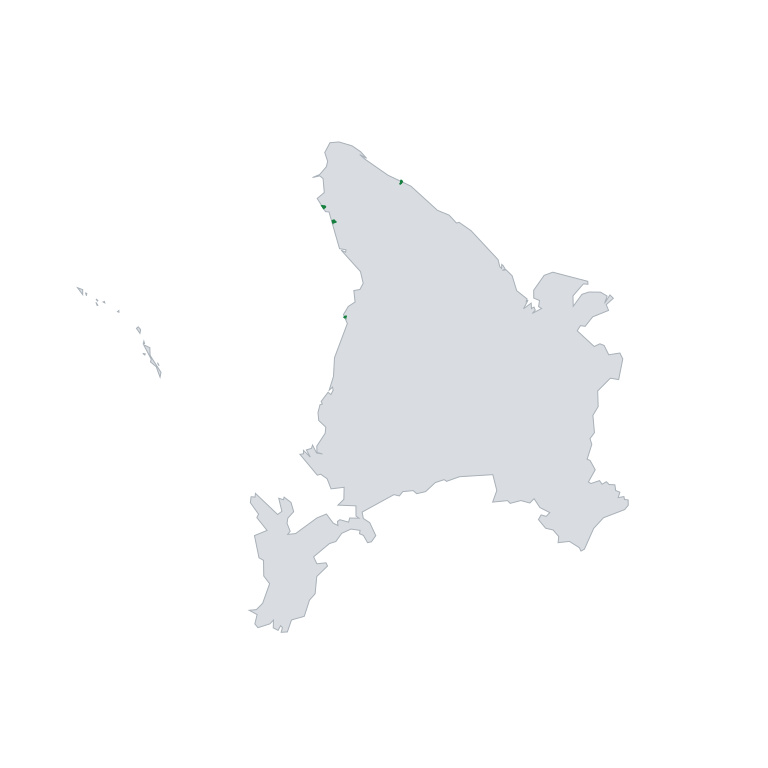 India, with Puducherry highlighted, rotated 147°
{"feature_id": "IND-3262", "entity_name": "Puducherry", "entity_type": "Union Territory", "adm_level": 1, "iso_a3": "IND", "parent_name": "India", "parent_adm1": "", "projection": "albers", "projection_center": [79.32, 13.78], "detail": "fine", "context": "in_parent", "style": "filled", "palette": "green", "viewbox_px": 768, "rotation_deg": 147, "n_neighbors": 0, "source": "natural_earth", "source_scale": "10m", "svg_char_len": 5419}
<svg xmlns="http://www.w3.org/2000/svg" viewBox="0 0 768 768"><g transform="rotate(147 384 384)"><path d="M145.0,331.0L154.4,329.5L155.6,323.4L172.4,326.7L183.9,322.8L187.5,326.0L193.0,323.4L187.3,301.0L181.0,300.1L178.4,296.4L179.6,286.1L169.3,281.5L170.1,275.0L184.8,259.9L191.0,265.6L208.6,261.8L216.7,248.4L225.9,243.9L234.0,228.6L241.0,226.0L242.6,220.2L254.6,210.3L252.8,207.7L253.6,197.0L266.0,190.5L264.6,187.8L255.9,185.6L255.7,181.2L250.7,180.9L250.0,177.1L245.3,173.7L247.7,168.5L245.1,164.8L249.5,161.2L244.1,158.9L245.2,156.2L242.4,153.8L245.2,149.3L250.6,147.6L272.8,152.3L286.8,148.7L305.9,136.3L309.8,136.6L309.3,140.3L314.2,151.0L324.4,156.1L320.5,160.9L321.7,169.5L327.0,175.0L328.3,186.2L323.5,188.6L320.0,184.6L315.0,185.9L320.5,195.4L320.6,206.1L326.5,204.8L332.7,211.7L343.2,215.2L343.9,218.9L357.2,225.8L347.4,233.2L342.1,248.7L371.1,265.1L384.6,268.3L385.6,271.0L394.7,273.4L407.7,271.1L416.3,274.2L417.6,278.7L426.8,283.5L432.1,281.8L435.9,285.8L472.1,288.5L474.6,282.5L471.5,275.5L473.5,261.3L480.5,258.5L484.2,259.9L483.7,268.3L486.1,271.8L483.8,274.3L490.7,280.3L500.8,281.8L510.2,278.1L516.7,279.9L537.2,277.4L538.2,269.8L530.0,265.6L530.5,262.1L545.2,259.2L556.0,245.6L564.1,243.4L577.4,232.6L590.1,236.5L600.1,228.7L605.5,231.8L601.9,234.9L602.3,237.6L607.0,235.1L609.7,239.8L605.3,246.2L610.4,245.0L622.4,248.3L623.0,253.1L616.0,259.7L620.3,267.6L613.9,264.3L605.2,266.2L588.7,278.8L589.4,288.5L581.1,301.7L583.5,306.3L575.2,327.4L561.8,324.9L563.4,341.2L560.1,343.1L560.7,357.3L556.9,361.8L553.7,359.4L551.4,362.3L544.3,332.5L539.0,332.8L534.5,345.5L531.3,341.7L529.4,343.5L526.5,335.3L529.3,326.1L537.7,323.9L541.2,320.0L542.9,311.6L546.7,310.3L539.6,306.7L513.1,308.2L503.1,306.3L502.4,295.0L499.7,290.4L497.9,294.1L494.9,294.2L488.9,287.4L485.8,290.3L478.1,285.1L479.4,288.5L473.9,297.1L488.6,307.5L480.5,309.1L473.7,319.1L485.5,324.9L483.3,335.5L486.2,342.8L489.6,343.9L492.8,370.8L489.5,369.3L487.7,372.2L485.6,362.8L485.0,371.0L479.9,369.5L477.2,371.7L478.1,362.8L473.7,358.8L477.5,363.1L474.2,368.5L460.2,374.7L456.3,379.5L458.6,388.9L455.0,395.9L448.9,401.5L446.6,400.8L446.2,403.6L435.5,407.5L434.2,404.1L430.0,406.5L428.9,409.4L433.3,408.7L422.2,417.9L411.2,433.0L381.8,454.7L380.2,464.3L371.7,468.5L363.6,468.5L358.4,478.8L352.7,476.4L346.6,479.8L342.5,491.1L347.0,519.5L344.4,515.4L342.8,517.3L347.6,521.7L336.4,558.3L339.2,560.4L339.0,576.0L329.8,577.1L323.2,589.5L324.6,593.6L331.5,596.1L323.9,594.7L314.0,597.6L310.0,601.4L307.6,610.4L297.9,615.8L289.9,611.5L281.0,601.0L277.0,591.2L275.7,582.7L279.4,589.7L277.5,582.8L267.0,557.0L253.7,535.3L244.6,500.6L237.4,490.1L235.6,479.6L233.0,478.7L227.5,465.2L220.6,426.1L223.0,419.4L222.5,417.0L220.1,420.1L219.6,418.3L219.8,414.4L222.8,414.8L219.4,413.2L217.6,404.9L221.9,390.0L217.7,377.5L219.6,375.8L217.5,375.9L226.0,371.1L216.5,371.7L219.2,367.0L216.3,366.8L216.9,363.6L221.2,362.4L210.7,361.5L212.2,364.7L208.1,369.3L211.6,374.5L207.4,381.1L190.5,387.9L181.5,385.8L157.2,359.1L158.6,356.6L162.3,359.4L177.5,355.0L183.0,346.1L169.1,351.4L162.0,349.5L152.4,343.1L149.0,336.2L155.1,331.5L146.0,335.6L145.0,331.0ZM564.2,547.8L560.6,542.0L564.6,535.4L564.7,515.2L568.1,511.7L565.6,522.6L567.8,529.7L565.7,531.6L564.2,547.8ZM588.0,623.1L588.6,631.7L585.3,627.2L588.0,623.1ZM561.3,565.5L559.0,565.8L558.5,562.1L561.1,559.4L561.3,565.5ZM579.2,609.7L579.2,612.2L578.5,609.9L579.2,609.7ZM581.8,606.1L581.1,609.5L581.1,605.9L581.8,606.1ZM585.5,620.1L584.7,622.8L583.9,621.9L585.5,620.1ZM568.1,589.8L566.4,590.0L567.2,588.6L568.1,589.8ZM563.7,549.1L562.1,550.6L562.8,548.4L563.7,549.1ZM568.8,538.6L569.7,541.0L567.8,539.3L568.8,538.6ZM574.9,605.8L573.5,605.5L574.0,604.1L574.9,605.8ZM562.9,522.6L562.3,525.3L562.6,522.4L562.9,522.6Z" fill="#d9dde1" stroke="#a8b0b8" stroke-width="1"/><path d="M339.1,546.8L339.1,547.2L338.6,548.2L338.5,549.0L338.4,549.0L337.9,549.0L337.5,549.0L337.4,548.9L337.2,548.9L336.9,548.7L336.7,548.6L336.5,548.4L336.6,548.2L336.7,547.9L336.7,547.7L336.4,547.4L336.4,547.2L336.4,546.9L336.1,546.6L336.0,546.4L336.1,546.2L336.3,546.0L336.5,546.1L336.8,546.4L336.9,546.5L337.1,546.5L337.6,546.4L337.8,546.5L337.7,546.8L337.5,547.1L337.5,547.3L337.8,547.4L337.9,547.6L338.0,547.6L338.5,547.2L339.1,546.8L339.1,546.8ZM339.1,564.2L339.0,564.8L339.1,567.3L338.6,567.1L338.4,566.9L338.2,566.6L338.3,566.5L338.2,566.4L338.4,566.3L338.4,566.2L338.2,566.1L337.9,566.2L337.8,565.9L337.7,565.9L337.4,566.0L337.3,565.9L337.3,565.7L337.1,565.7L336.9,565.7L336.7,565.5L336.7,565.3L336.8,565.2L336.7,565.0L336.6,564.9L336.6,564.7L336.9,564.7L337.1,564.9L337.3,564.9L337.3,564.6L337.1,564.4L337.1,564.2L337.6,564.2L337.9,564.4L338.0,564.4L338.4,564.1L338.7,564.2L339.1,564.2ZM259.8,544.7L259.1,545.2L259.0,545.5L259.3,546.0L258.8,545.4L258.7,545.3L258.5,545.2L258.4,545.1L258.4,544.7L258.4,543.7L258.7,543.5L259.0,543.6L259.3,543.7L259.6,543.4L259.8,543.3L259.9,543.1L260.2,542.9L260.4,543.0L260.7,543.1L261.0,543.0L261.2,542.9L261.5,542.9L261.5,543.2L261.2,543.2L261.0,543.3L260.8,543.5L260.6,543.6L260.4,543.7L260.2,543.6L259.9,543.8L259.8,544.2L259.8,544.4L259.8,544.7ZM379.5,460.9L379.4,461.3L379.5,461.4L379.7,461.5L380.2,461.5L380.4,461.4L380.5,461.3L380.6,461.2L380.8,461.1L380.9,461.5L380.6,461.7L380.4,461.7L380.3,461.8L380.6,461.9L380.4,462.0L380.2,462.0L379.6,461.8L379.2,461.7L378.8,461.5L378.8,461.4L379.0,461.3L379.1,461.2L379.3,461.1L379.5,460.9Z" fill="#22c55e" stroke="#15803d" stroke-width="1.5"/></g></svg>